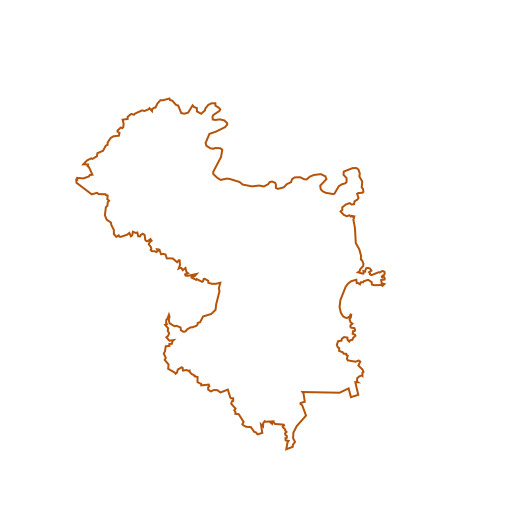 the district of Cihuatlán, Jalisco, Mexico, rotated 241°
{"feature_id": "50627088B34623658197151", "entity_name": "Cihuatlán", "entity_type": "district", "adm_level": 2, "iso_a3": "MEX", "parent_name": "Mexico", "parent_adm1": "Jalisco", "projection": "robinson", "projection_center": [-104.64, 19.263], "detail": "fine", "context": "isolated", "style": "outline", "palette": "amber", "viewbox_px": 512, "rotation_deg": 241, "n_neighbors": 0, "source": "geoboundaries", "source_scale": "gbopen_adm2", "svg_char_len": 6133}
<svg xmlns="http://www.w3.org/2000/svg" viewBox="0 0 512 512"><g transform="rotate(241 256 256)"><path d="M435.1,238.8L434.8,236.4L433.2,235.3L436.9,234.5L436.4,233.3L436.9,228.8L438.6,226.9L439.2,219.3L438.7,217.7L440.5,216.1L440.7,215.0L439.9,211.2L438.1,210.2L439.9,205.4L435.7,204.3L433.0,202.3L432.6,201.1L433.9,200.0L432.8,195.6L431.8,195.2L429.8,196.3L427.7,194.4L429.8,189.3L429.7,186.2L427.3,181.4L425.2,180.1L425.3,178.1L422.2,173.2L422.8,167.1L420.4,165.3L420.2,160.0L421.3,159.2L421.5,154.5L419.9,149.4L417.4,153.5L416.1,152.3L414.8,153.0L406.4,152.3L407.4,149.8L406.6,148.4L407.6,142.5L411.0,137.5L409.3,136.6L409.9,135.8L407.1,134.5L389.6,142.2L388.3,147.6L386.4,148.4L383.0,154.3L382.1,154.2L380.8,155.6L377.8,153.5L375.6,154.3L375.0,152.5L372.0,150.4L371.4,148.3L364.9,143.6L360.2,143.0L355.7,145.3L353.1,144.5L347.7,144.3L344.0,142.3L340.5,143.1L340.6,145.9L339.2,145.8L338.3,147.1L337.1,153.7L337.6,156.4L333.9,156.1L334.1,157.8L336.9,160.1L334.5,162.0L334.1,163.6L330.3,162.5L329.3,164.2L330.3,165.4L330.4,167.7L328.4,168.8L323.9,167.0L322.1,167.3L321.5,168.6L322.0,171.9L320.0,172.1L319.6,169.7L318.4,167.9L314.4,168.4L313.0,167.9L312.4,166.8L310.8,167.2L309.1,169.9L307.7,170.8L308.0,172.5L309.9,172.7L308.4,174.6L303.6,173.8L302.8,176.0L301.1,177.6L297.2,176.8L294.2,182.0L288.8,184.0L289.7,186.5L289.2,187.1L284.9,185.1L282.5,182.3L282.4,184.0L281.5,185.0L279.1,185.0L279.7,188.5L275.8,187.4L273.9,188.2L274.3,185.1L273.1,184.9L271.8,186.5L269.1,195.4L268.0,192.3L269.7,189.9L268.4,189.1L264.2,192.1L264.6,192.9L259.6,196.3L259.5,197.3L261.3,199.2L261.0,200.0L257.5,202.2L255.7,201.3L253.2,203.8L251.2,207.2L249.9,211.8L245.7,207.8L242.9,207.0L233.0,197.7L228.5,194.5L227.0,188.7L228.8,180.4L225.2,175.0L225.7,172.6L224.5,171.8L223.8,170.2L224.5,165.6L225.3,164.3L225.2,160.2L224.2,157.8L224.9,155.8L227.5,154.3L229.8,155.3L230.6,155.0L233.5,152.5L234.1,150.7L239.0,147.8L242.4,148.7L244.9,151.0L246.9,151.4L244.3,148.4L243.6,146.6L241.2,145.0L239.6,145.0L239.9,143.2L235.3,144.1L233.3,142.5L230.6,142.6L228.8,140.5L228.4,138.2L223.9,139.2L222.4,143.1L222.1,141.8L220.0,139.8L221.0,137.5L219.3,136.6L220.8,133.3L216.7,130.1L215.3,128.0L210.6,127.7L209.4,125.8L203.5,126.9L199.9,124.5L193.3,128.5L192.0,128.6L192.3,130.3L194.6,132.6L194.7,137.0L193.9,137.6L191.2,136.6L189.9,140.0L188.4,141.1L188.0,142.4L186.8,141.8L184.2,142.4L181.1,144.4L180.5,144.0L178.5,146.2L174.0,143.7L170.7,146.0L169.4,145.4L166.4,152.4L164.7,152.0L164.4,150.5L162.3,149.4L159.4,150.9L159.3,153.9L157.4,157.2L153.9,158.7L152.8,166.6L144.7,164.9L143.8,165.1L142.6,167.0L140.3,165.8L140.6,164.5L138.8,162.7L132.4,164.1L131.6,162.2L129.6,162.4L128.0,161.4L126.0,164.2L116.9,164.7L115.5,162.5L113.9,162.9L111.3,164.7L108.8,168.6L103.3,169.1L101.4,170.6L99.3,170.8L98.2,175.7L106.2,178.7L103.5,179.5L106.2,181.2L107.3,183.5L106.4,184.0L103.5,189.9L103.2,188.0L101.5,188.7L102.4,189.4L102.2,190.9L100.0,191.1L95.0,198.5L94.2,198.4L93.9,196.7L93.2,196.5L90.3,197.4L89.3,196.9L87.3,197.4L86.8,195.4L85.3,195.0L83.6,195.7L82.1,194.8L82.4,193.4L80.3,192.6L78.5,194.8L77.6,193.1L72.3,188.8L71.3,195.6L72.9,196.6L74.5,200.0L78.7,200.1L83.4,203.1L87.5,209.2L92.2,222.4L102.9,224.0L105.2,223.2L105.8,223.7L104.9,228.0L112.6,230.9L114.5,230.7L95.9,262.8L95.3,272.8L86.5,270.6L85.0,278.1L97.5,281.7L96.2,283.9L97.2,283.4L100.1,285.3L100.6,288.0L100.3,290.8L99.6,291.0L102.4,292.6L102.5,293.8L105.2,294.1L110.5,292.4L113.1,296.0L114.8,295.1L115.3,291.8L120.2,285.7L122.1,285.7L124.4,287.9L125.5,287.1L126.7,287.5L128.1,285.3L129.7,285.2L132.7,282.7L135.1,284.1L136.3,283.3L139.1,283.6L141.7,286.5L140.5,289.7L142.0,290.9L142.4,293.7L140.3,296.4L138.1,295.4L135.9,296.1L136.7,297.6L135.9,299.6L137.3,301.2L138.0,304.3L139.2,304.4L141.1,302.8L143.2,304.4L142.5,305.8L143.3,306.8L145.2,307.1L147.3,304.3L148.6,304.3L149.6,305.1L150.0,307.5L152.3,306.6L155.3,307.1L156.3,309.1L158.5,310.8L159.0,310.3L157.7,308.6L157.6,305.9L158.5,304.4L161.0,302.9L165.1,302.7L170.8,304.3L176.6,308.5L185.6,319.5L187.3,323.3L187.8,327.0L186.6,332.2L183.4,331.0L182.8,332.3L180.8,333.2L182.2,335.0L181.1,337.0L181.7,337.9L180.8,342.5L177.1,344.5L174.8,343.5L173.1,345.3L169.7,351.8L168.6,352.1L169.2,354.7L171.3,352.7L174.3,353.8L173.1,357.1L174.1,357.8L176.5,357.6L176.1,356.0L176.8,355.9L177.5,357.2L176.9,358.1L178.3,360.1L179.9,360.7L181.6,359.4L181.6,356.1L182.3,355.5L183.3,347.7L184.8,346.7L185.6,347.3L187.0,347.0L187.2,349.8L187.8,349.8L189.6,349.7L191.3,348.2L191.9,346.2L189.5,343.8L190.7,342.6L189.0,342.0L188.6,341.0L192.3,337.3L192.5,339.4L193.8,340.5L195.3,344.9L197.1,346.2L200.8,346.7L202.0,346.0L205.3,348.0L211.9,349.6L218.8,349.5L232.5,356.1L240.6,358.8L241.9,360.3L243.2,359.8L243.3,360.8L244.8,359.1L244.5,358.1L246.4,357.4L246.7,354.7L249.5,352.7L254.0,351.6L254.5,353.9L256.7,355.0L257.5,359.4L256.9,363.5L254.6,364.7L253.8,366.9L256.0,368.6L256.2,372.1L257.1,373.8L261.4,374.6L261.5,375.9L259.7,379.8L260.0,381.0L262.7,382.1L264.7,381.7L269.6,385.0L275.5,385.0L277.9,386.8L282.0,387.5L284.2,386.5L286.0,383.3L287.3,373.7L284.6,371.9L280.3,373.0L276.8,371.1L276.3,369.4L277.1,365.8L276.9,362.3L272.6,355.0L272.6,353.7L277.5,347.6L280.4,345.6L283.0,345.0L286.4,346.3L289.1,354.9L292.1,355.3L296.2,352.3L298.8,345.9L299.3,341.4L298.4,337.5L299.7,335.4L303.5,332.8L306.0,327.9L305.7,324.7L303.6,322.5L303.9,317.8L302.6,313.5L304.1,307.7L305.9,306.4L309.0,308.1L310.8,308.2L313.4,306.1L314.0,303.7L312.9,301.5L313.0,296.6L316.1,292.9L318.8,286.3L324.9,279.0L328.7,277.5L336.4,270.1L337.9,267.8L339.7,262.0L343.2,260.0L348.3,258.4L350.3,259.3L359.6,273.5L365.3,278.0L367.6,277.0L370.2,272.6L370.5,270.6L372.3,268.3L376.4,266.1L379.3,266.7L385.4,274.5L384.2,281.2L383.7,291.4L384.9,294.6L386.5,295.2L390.1,293.9L393.1,290.5L394.6,286.6L396.3,284.4L398.8,285.4L400.0,286.9L400.6,294.3L401.5,295.8L403.7,295.4L407.2,293.4L409.3,294.5L411.1,291.1L411.3,287.5L409.5,283.1L408.1,281.9L407.0,277.0L411.1,274.4L414.1,276.0L416.4,274.0L418.5,273.6L414.3,266.2L415.2,262.3L417.2,259.9L425.3,260.9L426.7,259.4L432.4,258.1L434.1,256.4L435.7,256.6L437.3,250.2L438.6,247.9L437.1,243.6L434.5,240.0L435.1,238.8Z" fill="none" stroke="#b45309" stroke-width="2"/></g></svg>